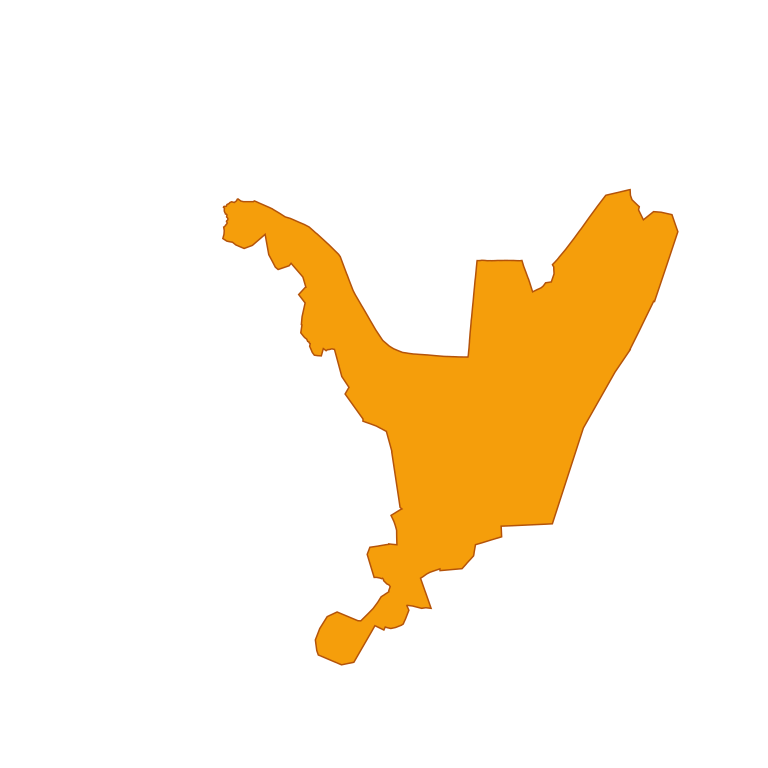 Sana'a City Outskirts -Sanhan wa Bani Bahlul, Sana'a, Yemen, rotated 23°
{"feature_id": "15242507B78273733164190", "entity_name": "Sana'a City Outskirts -Sanhan wa Bani Bahlul", "entity_type": "district", "adm_level": 2, "iso_a3": "YEM", "parent_name": "Yemen", "parent_adm1": "Sana'a", "projection": "natural_earth1", "projection_center": [44.226, 15.268], "detail": "fine", "context": "isolated", "style": "filled", "palette": "amber", "viewbox_px": 768, "rotation_deg": 23, "n_neighbors": 0, "source": "geoboundaries", "source_scale": "gbopen_adm2", "svg_char_len": 5654}
<svg xmlns="http://www.w3.org/2000/svg" viewBox="0 0 768 768"><g transform="rotate(23 384 384)"><path d="M174.8,301.7L177.0,305.2L178.2,308.7L178.8,313.1L183.5,313.9L185.7,313.5L189.2,312.7L193.4,313.9L202.3,313.9L208.7,307.8L216.1,292.7L227.4,310.0L233.5,314.9L238.3,318.9L241.8,320.0L245.7,316.5L250.5,312.2L251.3,309.2L265.1,316.0L267.6,317.3L274.3,325.5L273.7,326.0L270.5,335.0L279.7,340.2L282.3,354.1L284.7,361.6L285.4,361.7L287.4,369.4L291.4,371.6L292.9,372.3L295.3,372.9L297.1,374.6L298.4,374.6L298.9,375.3L300.3,375.7L300.8,378.3L302.8,380.2L305.7,383.0L308.6,384.7L310.1,384.3L312.0,383.8L315.3,382.6L314.3,375.1L314.8,375.2L317.7,376.0L318.4,374.8L319.0,374.1L319.7,374.0L321.3,372.8L321.8,372.3L323.1,371.8L323.4,371.8L324.0,371.7L324.9,371.5L334.7,384.0L342.2,393.6L353.1,400.8L352.8,402.6L352.1,408.4L378.3,424.4L379.2,426.5L386.7,426.0L393.3,425.7L404.7,426.7L412.4,436.4L417.6,443.0L417.6,443.4L442.3,483.6L447.0,491.3L449.3,492.0L448.0,493.5L441.8,502.2L444.2,504.3L446.4,506.3L446.6,506.4L449.3,509.4L451.1,511.6L452.5,513.4L452.8,513.8L455.6,520.2L458.7,526.9L454.4,528.3L450.9,529.3L451.1,529.7L448.7,531.1L442.9,534.8L441.9,535.5L434.8,539.8L434.9,542.2L435.1,547.4L441.9,555.6L450.5,565.9L452.8,564.9L453.2,564.8L456.0,564.2L458.0,564.1L458.6,563.4L460.0,564.2L460.5,565.2L464.7,566.9L467.1,567.0L468.9,568.1L469.1,572.2L469.6,573.4L464.5,581.0L463.6,586.8L463.5,587.4L461.7,594.9L459.1,601.6L455.2,611.1L452.5,612.1L451.7,612.1L429.9,612.2L428.2,614.1L422.6,620.3L420.4,634.2L420.6,640.1L420.8,646.4L426.3,655.7L429.4,659.1L441.9,659.1L454.6,659.1L465.0,651.9L466.9,636.3L469.3,616.9L470.0,610.8L470.1,610.0L480.0,610.5L480.1,607.2L481.8,607.1L485.8,606.4L489.8,603.6L494.3,599.2L495.5,597.4L495.5,594.8L495.6,591.9L495.3,582.5L491.6,579.1L491.7,578.7L497.0,577.2L506.3,575.8L509.9,573.6L515.0,572.1L504.2,560.2L502.5,558.4L500.5,556.2L493.5,548.5L495.2,546.1L495.5,545.6L497.0,543.1L497.7,542.0L499.9,539.3L500.5,538.8L502.0,537.4L507.7,532.3L508.5,533.9L518.4,528.6L525.9,524.6L528.0,523.5L529.7,518.6L530.0,517.7L530.3,516.6L531.7,512.6L532.0,511.9L532.6,510.1L533.5,507.5L533.6,507.2L533.2,505.3L532.8,503.9L531.0,496.2L531.8,495.5L536.0,492.1L536.6,491.6L543.9,485.4L552.0,478.7L547.4,469.1L557.5,464.3L588.1,449.6L593.6,446.9L584.7,346.6L592.0,282.8L597.2,256.4L596.9,256.4L598.2,235.1L598.6,226.9L599.9,202.4L600.8,202.4L600.6,200.2L597.8,163.8L595.0,129.0L589.8,123.3L582.9,115.6L572.0,117.6L570.2,118.2L564.8,120.0L558.6,131.5L550.3,124.3L549.7,121.0L548.1,120.5L540.3,117.5L537.1,114.0L534.6,108.9L533.4,109.7L523.2,117.2L514.7,123.4L514.4,123.7L512.1,132.7L511.0,137.0L510.6,138.7L510.3,140.1L507.9,150.2L507.0,154.3L505.0,163.4L503.9,167.7L502.0,175.9L499.2,186.8L498.8,188.4L498.3,190.2L495.6,199.0L495.5,199.7L495.3,200.2L494.9,201.7L494.7,202.2L494.4,203.0L493.7,205.0L492.4,208.3L492.7,208.6L494.5,209.9L495.5,212.1L496.7,214.5L497.3,215.8L497.5,216.2L498.1,224.7L493.2,227.7L492.4,231.2L491.9,232.4L491.2,233.7L490.9,234.2L489.3,236.0L488.9,236.4L487.8,237.6L486.8,238.8L484.8,241.1L483.5,239.6L478.2,233.4L477.2,232.3L476.8,231.8L475.6,230.5L475.3,230.3L471.0,225.7L466.5,221.0L466.3,220.7L465.8,220.2L465.3,219.5L464.7,218.8L462.7,216.4L460.8,217.5L458.0,218.6L455.5,219.5L450.4,221.6L449.2,222.1L448.2,222.5L447.7,222.7L444.6,224.1L442.5,225.0L440.3,225.9L439.5,226.3L437.7,227.2L435.6,228.1L435.4,228.3L433.7,228.9L430.8,230.2L428.7,230.8L425.7,231.9L424.1,232.9L421.8,233.9L421.5,234.0L421.7,234.9L423.0,239.0L423.3,240.0L424.5,243.7L426.7,250.7L427.3,252.9L429.8,260.7L430.0,261.4L431.5,266.1L432.0,267.7L432.7,269.8L433.8,273.2L435.3,278.1L435.4,278.4L438.6,288.4L439.5,291.6L439.9,292.7L440.7,295.1L442.2,299.8L443.6,304.2L444.3,306.2L445.9,311.1L446.1,311.5L447.2,314.8L448.2,317.7L449.0,320.4L450.4,324.7L450.7,326.4L443.9,329.2L441.9,330.0L437.6,331.6L435.6,332.4L433.4,333.2L430.4,334.4L427.7,335.4L425.2,336.2L422.2,337.2L413.8,339.9L413.1,340.1L410.6,341.0L408.2,341.8L405.1,342.9L404.2,343.2L402.1,343.9L399.6,344.8L399.0,345.0L397.8,345.3L396.4,345.7L394.6,346.2L392.4,346.7L388.7,347.7L387.8,347.7L383.8,347.8L381.4,347.8L379.7,347.8L379.2,347.8L377.0,347.5L373.9,347.0L371.2,346.1L367.7,345.0L365.9,344.4L364.6,343.6L355.8,337.8L354.8,337.1L348.8,332.6L346.9,331.2L340.2,326.1L335.9,322.9L334.3,321.7L332.6,320.5L331.3,319.5L324.6,314.5L322.7,313.1L319.7,310.6L319.0,310.0L312.6,303.4L312.1,302.9L307.5,298.0L306.9,297.5L302.6,293.0L295.5,285.5L294.0,283.9L293.0,283.3L291.6,282.4L286.8,280.5L283.3,279.1L278.5,277.2L277.9,277.0L276.4,276.5L275.6,276.2L263.8,272.0L261.8,271.5L258.4,270.3L253.9,268.8L253.4,268.7L249.6,268.4L248.4,268.3L246.5,268.3L242.4,268.3L236.4,268.2L235.8,268.2L234.0,268.2L232.7,268.2L231.5,268.4L231.3,268.4L229.4,268.6L227.9,268.8L220.8,267.6L213.5,266.6L213.2,266.5L212.6,266.4L212.1,266.4L209.3,266.3L208.5,266.3L200.7,266.2L199.6,266.2L198.3,266.2L196.2,266.1L193.2,266.1L192.9,266.4L192.5,267.2L187.6,269.3L183.6,271.0L182.7,271.2L180.8,271.5L178.5,271.0L177.4,270.7L176.8,271.1L176.7,271.5L176.7,272.3L176.7,272.9L176.6,273.2L175.9,274.3L175.7,274.6L175.3,275.4L172.6,275.8L172.3,276.0L171.8,276.6L171.3,277.1L171.2,277.3L170.8,278.4L170.6,278.7L169.5,279.9L169.3,280.3L169.4,281.9L169.1,282.3L168.0,282.7L167.4,283.0L167.2,283.4L167.2,283.7L167.2,284.1L167.5,284.2L168.1,284.4L168.5,284.7L169.0,286.4L169.7,287.6L171.5,289.2L171.7,289.5L172.4,289.2L172.8,289.3L173.2,289.6L173.5,289.9L173.7,291.4L173.9,291.8L174.1,291.8L174.9,292.1L175.1,292.3L175.6,292.6L175.7,293.0L176.1,293.9L175.4,295.4L175.6,296.2L176.4,296.5L176.7,297.3L176.8,297.5L176.4,299.1L176.1,299.6L176.2,300.0L175.4,302.1L174.8,301.7Z" fill="#f59e0b" stroke="#b45309" stroke-width="1.5"/></g></svg>